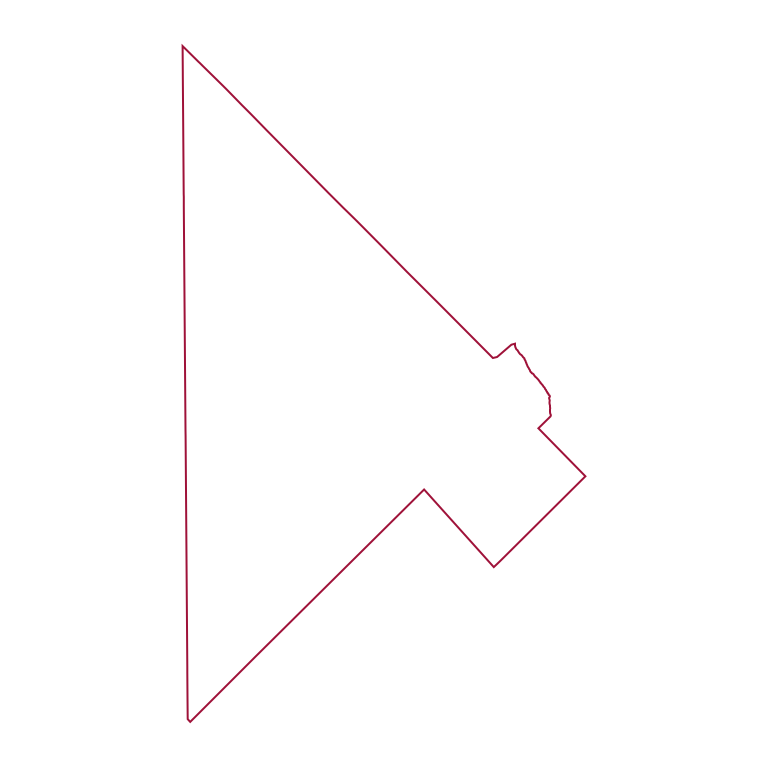 Adolfo Alsina, Buenos Aires, Argentina
{"feature_id": "61730980B72509942222407", "entity_name": "Adolfo Alsina", "entity_type": "district", "adm_level": 2, "iso_a3": "ARG", "parent_name": "Argentina", "parent_adm1": "Buenos Aires", "projection": "albers", "projection_center": [-62.685, -37.171], "detail": "fine", "context": "isolated", "style": "outline", "palette": "rose", "viewbox_px": 768, "rotation_deg": 0, "n_neighbors": 0, "source": "geoboundaries", "source_scale": "gbopen_adm2", "svg_char_len": 2338}
<svg xmlns="http://www.w3.org/2000/svg" viewBox="0 0 768 768"><path d="M225.7,88.5L218.6,81.5L203.0,66.2L199.4,62.6L198.8,62.1L182.6,46.1L182.8,72.5L182.8,74.3L183.2,125.0L183.7,193.8L183.7,194.0L183.8,196.8L183.8,206.3L185.5,430.3L185.6,436.0L187.3,666.7L187.3,671.9L187.5,697.7L187.7,719.1L190.2,721.9L203.3,708.8L207.1,705.0L208.8,703.3L225.9,686.2L255.6,656.5L424.1,489.5L493.8,567.1L500.3,560.9L585.4,476.3L538.4,428.3L550.5,416.4L550.6,416.0L550.8,415.6L550.8,414.9L550.5,414.2L550.2,413.5L550.1,412.8L550.0,411.9L550.0,411.0L550.0,410.5L550.0,409.8L550.0,409.3L550.1,408.7L550.2,408.1L550.0,407.3L550.0,406.6L550.0,406.0L550.0,405.4L549.9,405.1L549.8,404.8L549.7,404.5L549.6,403.8L549.5,403.3L549.5,402.6L549.5,402.0L549.6,401.4L549.7,400.8L549.7,400.4L549.5,399.6L549.3,398.9L549.2,398.5L549.1,398.1L549.2,397.7L549.5,397.3L549.7,397.0L549.8,396.5L549.9,396.2L549.7,395.8L549.4,395.3L548.9,395.0L548.6,394.7L548.4,394.2L548.4,393.8L548.1,393.5L547.7,393.2L547.7,392.8L547.5,392.6L547.2,392.4L547.1,392.0L547.0,391.7L546.8,391.5L546.4,391.0L546.1,390.4L545.9,389.8L545.5,389.4L545.0,388.8L544.8,388.1L544.5,387.6L544.1,387.2L543.7,386.8L543.4,386.5L543.2,386.1L543.0,385.7L542.7,385.3L542.3,384.8L542.0,384.5L541.5,384.0L541.3,383.6L541.0,383.3L540.5,382.9L540.4,382.4L540.1,382.1L539.5,381.4L539.1,380.7L538.7,380.2L538.3,379.7L537.9,379.2L537.4,378.7L536.9,378.2L536.4,377.6L535.9,377.2L535.4,376.9L535.2,376.5L534.7,376.0L534.3,375.5L533.9,374.8L533.5,374.2L532.9,373.7L532.4,373.5L531.8,373.2L531.4,372.4L530.9,372.2L530.5,371.7L530.1,371.0L530.0,370.4L529.7,369.8L529.3,369.2L529.0,368.8L528.8,368.2L528.5,367.7L528.1,367.2L527.7,366.5L527.4,365.9L527.2,365.3L526.9,364.5L526.5,363.8L526.4,363.1L526.0,362.6L525.9,362.1L525.6,361.4L525.4,360.6L524.9,359.9L524.6,359.5L524.5,359.1L524.4,358.4L524.1,358.1L523.7,357.7L523.2,357.3L522.9,356.9L522.5,356.3L521.9,355.5L521.3,354.9L520.6,354.5L520.0,354.0L519.5,353.3L518.9,352.6L518.6,352.0L518.1,351.3L517.8,350.7L517.5,350.2L516.9,349.8L516.3,349.2L515.9,348.4L515.7,347.8L515.3,347.0L515.2,346.2L515.0,345.7L515.0,345.1L515.0,344.6L515.0,344.1L515.0,343.7L511.4,344.7L497.1,357.0L492.9,358.0L438.7,303.5L407.0,271.9L380.8,245.2L357.5,221.7L351.0,215.3L343.1,207.6L328.4,192.9L266.5,130.1L251.2,114.4L242.0,105.2L225.7,88.5Z" fill="none" stroke="#9f1239" stroke-width="2"/></svg>